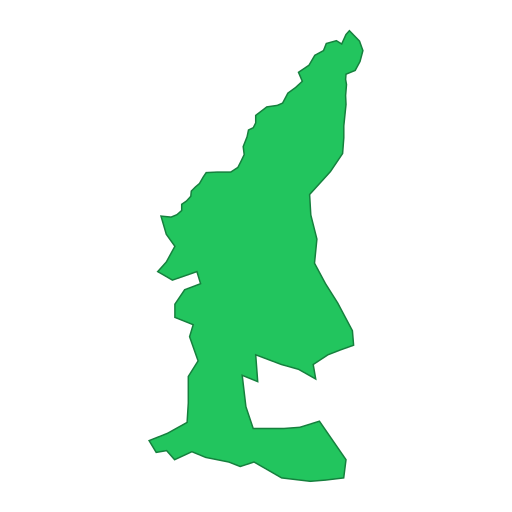 Kalapanagiotis, Nicosia, Cyprus
{"feature_id": "46923920B11517267441336", "entity_name": "Kalapanagiotis", "entity_type": "district", "adm_level": 2, "iso_a3": "CYP", "parent_name": "Cyprus", "parent_adm1": "Nicosia", "projection": "robinson", "projection_center": [32.834, 35.038], "detail": "fine", "context": "isolated", "style": "filled", "palette": "green", "viewbox_px": 512, "rotation_deg": 0, "n_neighbors": 0, "source": "geoboundaries", "source_scale": "gbopen_adm2", "svg_char_len": 1417}
<svg xmlns="http://www.w3.org/2000/svg" viewBox="0 0 512 512"><path d="M349.4,30.7L346.0,34.5L341.7,44.0L336.4,40.7L326.3,43.5L323.5,50.6L314.8,55.3L313.0,58.4L309.0,65.2L298.5,72.3L302.3,81.3L295.6,87.5L287.9,93.1L282.6,103.1L277.3,105.4L266.8,106.9L255.7,115.4L255.7,122.9L253.3,127.7L248.5,130.0L247.1,136.7L243.2,146.6L244.2,154.6L240.8,161.7L237.9,167.4L230.7,172.1L216.8,172.1L206.2,172.6L203.3,176.9L199.5,183.5L195.6,186.8L191.3,191.1L190.8,196.3L186.5,201.0L181.7,204.3L181.7,210.5L176.9,214.7L171.1,217.1L161.0,216.1L166.3,234.3L174.9,246.3L166.3,262.0L157.7,271.6L172.4,280.1L196.9,271.6L200.6,283.7L184.7,289.7L174.9,304.2L174.9,317.4L193.2,324.7L189.6,336.7L198.1,360.9L188.3,376.5L188.3,403.1L187.1,422.4L167.5,433.3L149.1,440.6L156.2,452.4L166.6,450.6L174.6,459.7L191.9,451.7L205.7,457.4L228.7,462.0L240.2,466.5L254.0,462.0L281.6,477.9L310.3,481.3L325.3,480.1L343.7,477.9L346.0,459.7L319.4,421.2L299.8,427.3L283.8,428.5L269.2,428.5L253.2,428.5L245.9,406.7L242.2,375.3L257.7,381.6L255.7,354.8L281.4,364.5L298.5,369.3L315.7,379.0L313.2,364.5L327.9,354.8L340.2,350.0L353.6,345.2L352.4,330.7L337.7,303.0L325.5,283.7L314.5,263.2L316.9,239.1L310.8,215.0L309.6,194.5L320.6,182.4L330.4,171.6L342.6,153.5L343.8,137.8L343.8,125.8L346.0,104.5L345.6,95.5L346.5,84.6L345.6,79.4L346.0,74.2L355.2,70.4L360.0,61.5L361.6,55.5L362.9,50.6L359.5,41.1L349.4,30.7Z" fill="#22c55e" stroke="#15803d" stroke-width="1.5"/></svg>